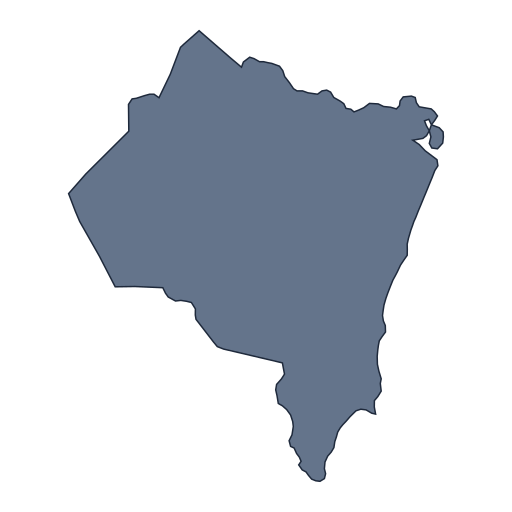 outline of Ipojuca, Pernambuco, Brazil
{"feature_id": "56859067B31320114840690", "entity_name": "Ipojuca", "entity_type": "district", "adm_level": 2, "iso_a3": "BRA", "parent_name": "Brazil", "parent_adm1": "Pernambuco", "projection": "robinson", "projection_center": [-35.046, -8.459], "detail": "fine", "context": "isolated", "style": "filled", "palette": "slate", "viewbox_px": 512, "rotation_deg": 0, "n_neighbors": 0, "source": "geoboundaries", "source_scale": "gbopen_adm2", "svg_char_len": 2408}
<svg xmlns="http://www.w3.org/2000/svg" viewBox="0 0 512 512"><path d="M199.1,30.7L183.8,44.2L180.5,47.3L170.3,74.2L159.0,97.7L154.0,94.2L149.7,94.2L144.6,95.6L136.3,98.3L132.1,98.9L128.5,104.4L128.8,131.2L85.9,173.9L68.6,193.6L75.4,211.4L79.7,221.5L99.4,256.2L115.2,286.8L134.8,286.5L162.8,287.7L165.5,293.2L168.2,297.0L175.5,301.0L180.8,300.4L186.6,301.3L191.4,302.5L195.4,308.9L195.3,315.0L196.0,319.3L213.5,342.0L217.3,346.6L223.7,349.1L228.9,350.3L264.7,358.7L270.3,360.0L282.4,362.9L283.2,367.3L284.5,374.1L281.4,379.0L276.6,384.4L275.7,389.9L277.0,395.6L278.3,403.5L282.4,405.8L286.7,409.6L290.6,415.0L292.7,421.5L293.3,426.5L292.0,434.8L289.1,440.7L290.6,446.4L294.1,448.0L296.6,453.5L299.3,457.1L301.1,461.3L298.7,464.9L302.2,469.9L306.0,471.9L308.5,475.4L311.6,479.1L315.8,480.8L320.0,481.3L324.4,478.6L325.6,473.7L324.4,468.7L325.0,462.0L327.7,456.1L331.2,452.1L333.9,447.6L334.8,441.6L336.4,436.9L337.7,432.1L340.2,427.9L342.8,424.7L346.3,421.0L350.0,416.7L356.0,410.8L360.8,409.2L366.1,409.9L371.7,413.2L375.6,414.1L374.3,407.0L374.4,400.6L377.8,396.6L381.2,391.1L380.3,383.5L381.2,378.8L378.9,371.2L377.4,364.3L377.2,356.3L377.8,349.8L378.4,345.4L379.3,340.8L382.1,336.6L385.5,332.0L385.3,325.5L383.4,321.0L382.5,315.5L383.2,310.2L384.0,305.0L385.9,298.4L387.8,293.0L390.4,286.3L392.9,280.1L395.1,276.1L397.2,272.1L400.5,265.1L403.9,260.0L407.2,255.3L407.3,249.5L407.2,244.1L408.5,238.2L410.9,230.0L412.4,225.9L413.9,221.5L415.7,217.6L418.3,210.9L420.8,205.0L423.7,197.9L425.8,192.9L429.8,183.1L432.1,177.6L434.8,170.6L437.9,165.8L437.0,159.7L425.2,150.8L419.2,144.5L412.8,140.2L422.9,138.4L426.5,135.7L429.3,130.8L426.4,125.7L424.5,120.8L428.8,119.3L431.4,124.8L434.8,120.3L437.5,116.0L434.4,111.8L431.2,108.9L426.0,108.0L419.2,106.8L416.4,102.7L415.2,97.5L411.4,96.1L403.2,96.9L400.1,101.0L399.5,105.6L396.4,108.9L390.5,107.2L383.6,106.5L378.2,103.9L369.5,103.4L363.8,107.7L358.6,110.1L354.0,111.9L350.8,109.2L346.0,108.4L343.8,103.7L340.2,101.1L333.8,97.5L330.6,92.1L326.7,90.1L322.0,90.9L317.5,94.2L307.9,92.8L302.6,90.9L297.0,90.9L293.5,88.7L289.5,82.8L284.7,76.6L282.8,70.7L279.5,66.2L271.8,63.4L268.0,62.7L263.6,61.7L259.5,61.7L254.0,58.6L249.7,57.2L243.4,62.0L241.5,67.2L229.4,57.0L199.1,30.7ZM429.3,130.8L430.9,136.9L429.3,143.4L431.8,148.0L437.5,148.8L442.7,143.1L443.4,136.9L443.1,131.9L439.2,127.7L431.4,124.8L429.3,130.8Z" fill="#64748b" stroke="#1e293b" stroke-width="1.5"/></svg>